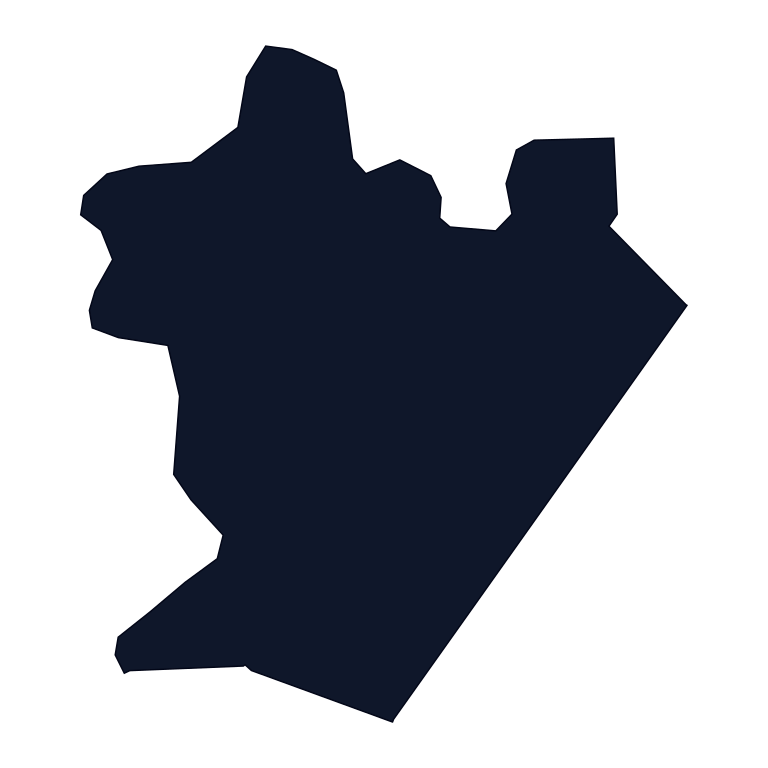 outline of Karlsborg, Västra Götaland, Sweden
{"feature_id": "70781695B19460929055016", "entity_name": "Karlsborg", "entity_type": "district", "adm_level": 2, "iso_a3": "SWE", "parent_name": "Sweden", "parent_adm1": "Västra Götaland", "projection": "natural_earth1", "projection_center": [14.477, 58.607], "detail": "fine", "context": "isolated", "style": "filled", "palette": "ink", "viewbox_px": 768, "rotation_deg": 0, "n_neighbors": 0, "source": "geoboundaries", "source_scale": "gbopen_adm2", "svg_char_len": 817}
<svg xmlns="http://www.w3.org/2000/svg" viewBox="0 0 768 768"><path d="M392.6,721.8L393.6,719.2L537.9,515.8L687.3,304.9L686.5,305.3L608.9,226.2L617.2,214.2L613.7,138.2L586.9,138.9L534.1,140.2L516.4,150.0L506.1,183.6L512.0,214.1L495.8,230.9L450.0,227.0L439.7,218.1L441.1,197.4L430.8,175.7L399.8,159.9L365.8,173.7L352.6,158.9L343.7,92.9L336.3,70.2L314.2,59.4L292.1,49.6L265.7,46.1L246.6,76.9L237.9,127.4L191.3,162.3L139.0,166.2L107.0,174.0L83.7,195.4L80.7,214.8L101.1,230.4L112.7,259.6L95.2,290.8L89.4,310.3L92.3,327.9L118.4,337.6L167.9,345.4L179.6,396.2L176.7,434.7L173.7,474.4L191.1,499.9L223.2,535.1L217.3,558.7L185.3,582.2L150.3,611.7L118.2,637.2L115.2,654.9L124.3,673.2L129.8,670.6L243.5,666.0L245.0,664.7L251.4,670.5L392.2,721.9L392.3,721.7L392.6,721.8Z" fill="#0f172a" stroke="#020617" stroke-width="1.5"/></svg>